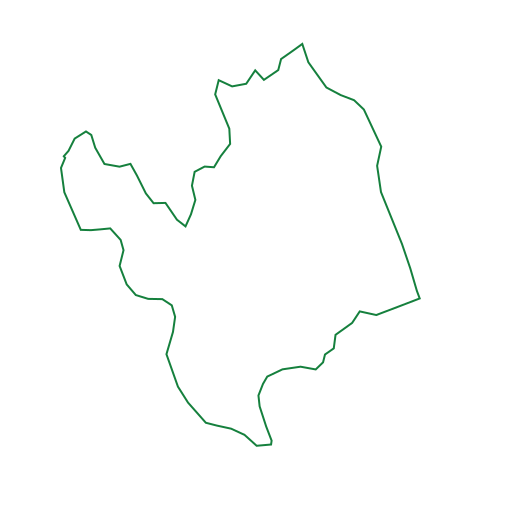 outline of Ronneby, Blekinge, Sweden, rotated 249°
{"feature_id": "70781695B61980194146420", "entity_name": "Ronneby", "entity_type": "district", "adm_level": 2, "iso_a3": "SWE", "parent_name": "Sweden", "parent_adm1": "Blekinge", "projection": "robinson", "projection_center": [15.274, 56.332], "detail": "fine", "context": "isolated", "style": "outline", "palette": "green", "viewbox_px": 512, "rotation_deg": 249, "n_neighbors": 0, "source": "geoboundaries", "source_scale": "gbopen_adm2", "svg_char_len": 1252}
<svg xmlns="http://www.w3.org/2000/svg" viewBox="0 0 512 512"><g transform="rotate(249 256 256)"><path d="M157.7,393.6L165.9,393.7L189.1,395.6L215.0,396.6L270.9,395.6L296.8,401.4L313.2,412.1L354.1,409.2L366.3,403.4L375.9,392.7L388.1,382.1L418.1,374.3L437.4,375.2L434.9,365.9L430.9,350.0L421.6,343.4L417.6,326.5L429.6,321.8L420.3,308.6L422.9,294.5L433.5,284.2L421.5,275.8L384.4,276.7L369.9,272.0L361.9,258.9L353.9,248.6L357.9,240.1L356.6,228.9L344.6,221.4L330.1,219.5L318.2,210.2L308.9,200.8L318.2,195.2L338.0,190.5L342.0,179.3L353.9,175.6L373.7,173.7L387.0,171.8L388.3,160.6L396.2,147.5L414.7,144.7L428.0,145.6L433.2,141.9L430.6,128.8L421.3,118.6L418.0,112.3L416.0,113.0L408.1,105.5L384.2,99.9L343.2,101.8L341.9,104.9L339.3,111.1L336.6,120.4L334.0,129.8L319.5,135.4L308.9,134.4L295.6,125.1L275.8,125.1L262.6,129.8L254.6,140.0L249.3,153.1L240.1,159.7L228.2,158.7L214.9,151.3L196.4,137.2L162.0,136.3L143.5,140.0L118.3,149.4L111.7,158.7L103.7,170.9L93.1,181.2L78.6,188.6L74.6,202.5L78.0,204.4L93.2,204.4L114.3,205.5L124.9,208.3L134.1,216.7L139.4,223.3L140.7,240.1L136.7,257.9L128.7,271.1L132.7,280.5L139.3,285.1L141.9,295.5L153.9,302.0L159.1,321.8L167.1,333.0L157.8,347.1L157.7,370.7L157.7,393.6Z" fill="none" stroke="#15803d" stroke-width="2"/></g></svg>